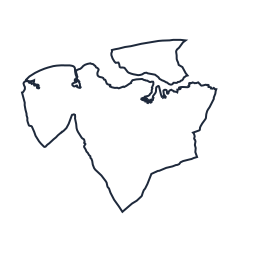 Lindi Urban, Lindi, United Republic of Tanzania (Equal Earth projection), rotated 255°
{"feature_id": "72390352B58883595926721", "entity_name": "Lindi Urban", "entity_type": "district", "adm_level": 2, "iso_a3": "TZA", "parent_name": "United Republic of Tanzania", "parent_adm1": "Lindi", "projection": "equal_earth", "projection_center": [39.68, -9.961], "detail": "fine", "context": "isolated", "style": "outline", "palette": "slate", "viewbox_px": 256, "rotation_deg": 255, "n_neighbors": 0, "source": "geoboundaries", "source_scale": "gbopen_adm2", "svg_char_len": 5942}
<svg xmlns="http://www.w3.org/2000/svg" viewBox="0 0 256 256"><g transform="rotate(255 128 128)"><path d="M155.3,202.0L155.0,201.4L155.0,200.7L155.5,199.4L155.4,198.7L154.9,198.5L154.3,198.8L153.9,198.7L153.3,197.5L152.4,197.8L152.0,197.1L152.0,196.0L153.6,191.0L153.9,188.9L153.8,187.8L153.5,187.7L152.9,188.6L152.4,188.9L152.1,188.5L152.1,188.0L152.3,185.6L151.1,185.5L149.7,184.8L150.4,184.1L151.4,181.7L152.0,181.6L152.7,180.6L153.7,179.8L153.7,179.1L153.5,178.2L152.8,177.0L152.2,176.5L151.4,176.3L150.8,175.5L151.0,174.9L151.5,174.7L153.8,175.1L154.7,174.9L155.2,174.2L155.4,173.2L155.1,172.2L154.7,171.8L151.0,171.3L149.8,172.0L149.0,172.0L148.3,172.5L147.6,172.0L148.0,171.2L148.3,171.0L148.2,170.1L149.1,170.6L149.6,170.5L149.5,168.7L151.7,168.5L159.6,168.7L160.6,168.4L160.7,167.8L160.2,166.2L159.5,165.6L156.2,164.5L155.3,164.0L154.5,163.2L152.5,160.6L151.3,159.9L150.5,160.4L150.0,159.9L148.6,159.3L148.5,158.7L149.0,158.3L148.5,158.1L149.4,157.1L149.2,156.6L148.9,156.6L148.5,156.9L146.9,157.3L146.6,156.5L146.9,156.2L148.3,155.7L148.7,155.1L148.4,154.6L147.4,154.6L146.9,153.7L147.3,153.2L147.8,153.4L148.5,153.2L149.5,154.0L149.4,153.3L148.8,152.6L149.1,151.6L149.8,151.7L150.6,150.4L151.0,153.4L151.5,153.9L152.0,153.2L151.9,149.5L152.4,148.4L153.0,148.7L153.2,150.4L153.1,152.2L153.9,152.4L153.8,156.0L154.4,157.4L155.3,158.3L156.1,159.9L156.7,160.3L158.3,160.6L160.1,161.8L160.8,161.5L163.6,163.8L165.5,164.3L166.2,164.2L166.6,163.1L166.6,161.3L167.1,160.5L168.8,158.8L169.1,157.7L169.7,157.1L170.1,156.1L171.7,154.3L172.8,148.6L173.0,144.7L170.9,142.2L170.6,142.3L170.4,141.0L169.1,137.2L168.6,134.8L169.2,134.2L168.7,129.4L169.6,128.1L170.2,125.5L171.5,123.0L172.8,121.3L173.0,121.3L173.8,122.1L174.1,122.1L174.5,121.7L174.8,120.6L175.2,120.1L176.3,119.0L180.0,118.6L180.5,118.4L181.0,117.4L182.7,117.0L183.5,116.1L184.7,113.8L185.5,112.9L186.6,112.3L188.2,112.4L189.5,112.9L191.7,114.6L192.3,114.8L193.9,114.0L194.8,112.9L196.6,112.4L197.0,111.9L198.4,111.1L198.8,110.6L199.8,108.7L200.2,108.4L200.4,105.5L200.2,103.0L199.6,101.0L198.1,98.6L197.5,97.1L197.5,95.7L197.1,93.0L196.0,92.5L194.8,92.2L193.0,92.4L192.0,92.2L190.6,92.4L188.3,91.1L187.9,91.3L186.9,92.4L186.1,92.6L185.5,93.0L184.6,92.5L183.2,92.9L181.0,92.5L179.6,92.8L179.2,92.3L179.3,91.6L179.8,91.0L179.9,90.5L180.4,90.1L180.6,89.6L181.1,89.4L181.8,89.8L182.2,89.7L182.4,89.1L182.0,87.6L182.1,86.7L182.5,86.2L183.8,85.4L184.9,85.6L185.3,86.1L185.6,87.5L185.7,89.9L186.2,90.9L186.6,90.8L186.9,89.0L187.4,88.8L188.7,89.3L188.8,89.6L188.7,90.3L188.9,91.1L189.7,91.1L190.7,91.6L193.0,91.3L196.0,91.5L199.6,92.2L200.6,92.0L201.7,91.3L202.6,90.0L203.6,87.8L205.9,79.3L206.7,75.2L207.1,71.8L207.1,66.3L206.9,62.6L206.3,57.7L205.3,52.6L203.3,46.1L200.9,41.9L200.6,41.8L199.9,43.0L199.1,44.0L198.4,45.4L198.2,48.1L198.4,48.9L198.4,49.1L198.0,49.1L198.2,49.6L197.3,49.3L196.4,48.6L195.0,48.6L194.6,48.9L194.6,49.3L193.9,49.3L193.8,50.2L193.2,52.1L192.8,52.5L192.2,52.7L191.5,52.5L190.8,51.4L190.5,51.7L190.3,52.2L189.8,52.6L189.5,52.4L189.4,52.0L189.8,51.1L190.4,50.5L191.6,50.9L192.2,51.5L192.6,51.5L192.8,51.0L193.1,48.9L193.3,48.5L195.8,47.9L195.6,46.4L196.4,46.4L196.7,45.9L197.2,44.3L198.5,43.9L199.4,42.9L199.7,41.1L199.6,40.5L198.9,39.2L198.0,38.6L196.1,38.6L194.3,39.0L192.4,38.5L191.8,38.1L190.1,36.3L189.7,35.6L189.7,34.8L179.2,34.8L176.8,34.1L172.2,33.7L168.3,33.7L166.3,33.3L163.7,33.4L161.4,32.7L159.5,32.7L156.5,32.9L155.8,33.2L154.9,35.0L154.3,35.5L148.5,36.4L144.4,36.7L138.2,38.6L135.4,39.9L131.9,41.9L131.4,42.3L131.3,43.5L132.7,45.7L133.6,48.0L136.4,53.3L137.6,56.0L139.1,58.4L140.8,62.0L141.1,62.6L140.9,62.6L142.1,65.4L143.9,68.5L147.4,71.8L154.9,77.1L155.2,77.5L155.1,78.0L155.2,79.3L154.4,80.2L152.3,79.8L151.0,79.3L145.4,79.0L141.2,78.3L139.3,78.3L137.1,78.7L130.7,80.7L129.8,81.2L128.6,82.4L128.0,82.6L125.8,82.5L125.0,81.8L123.8,82.7L123.5,82.7L121.8,80.9L121.0,80.7L118.3,81.5L116.0,81.8L114.2,82.8L112.0,83.3L110.5,84.3L108.9,84.0L107.6,84.7L105.4,84.9L101.7,84.5L98.0,84.9L96.2,85.6L89.1,90.0L82.5,92.7L80.8,93.2L77.1,93.0L76.2,93.1L74.4,94.0L70.1,94.3L62.3,96.0L54.9,98.8L48.5,100.9L54.0,112.4L55.5,117.6L58.6,123.4L59.1,123.9L61.5,125.4L63.9,127.2L65.0,128.8L68.8,132.2L77.6,138.7L78.8,145.6L78.6,147.2L79.6,154.6L79.4,161.1L79.8,164.6L79.6,166.3L79.9,168.1L81.3,169.9L81.8,172.7L81.7,179.8L81.6,181.3L82.0,183.8L82.1,187.2L87.3,186.8L91.1,188.2L94.3,188.2L97.6,189.7L99.0,189.7L99.6,189.3L100.8,189.2L102.5,190.2L103.6,190.3L105.5,190.2L106.7,189.6L107.2,195.7L107.4,196.6L108.1,197.1L109.6,197.6L110.8,198.5L113.1,200.8L116.5,205.0L117.4,205.8L121.1,207.2L123.8,208.8L125.2,210.1L127.1,212.3L133.9,218.4L135.3,218.8L138.5,221.2L141.1,222.3L142.6,223.3L143.1,221.9L144.0,221.6L144.5,221.2L144.1,220.3L144.1,219.8L144.7,218.5L145.2,218.8L145.9,218.5L146.8,216.4L147.3,216.5L147.9,216.9L148.6,216.9L149.0,216.3L148.9,215.5L149.6,214.5L149.7,214.0L149.7,211.4L149.9,210.0L150.4,209.4L151.9,208.8L152.8,208.1L153.5,207.9L153.9,207.6L153.7,205.8L153.9,204.9L154.0,204.0L154.7,203.2L155.3,202.0ZM207.4,136.0L207.5,132.6L205.9,132.3L204.6,131.3L202.7,130.8L199.1,131.1L195.9,132.0L194.2,132.9L193.7,135.7L192.0,136.0L189.2,135.8L188.7,136.1L188.3,136.6L187.8,138.6L187.0,140.2L182.2,142.2L181.2,143.0L179.7,145.1L178.5,147.1L176.4,151.5L176.1,153.5L176.1,155.4L176.9,158.1L176.6,160.2L175.7,161.2L172.5,167.9L169.2,170.5L167.3,171.2L165.0,173.5L164.4,174.5L163.3,175.7L162.3,176.6L162.1,177.2L159.7,179.1L158.9,180.4L158.7,181.3L158.8,182.0L159.3,183.0L159.9,183.6L159.0,186.7L159.1,187.4L159.5,187.9L159.3,190.0L160.0,191.4L160.0,192.3L160.3,193.0L161.1,194.0L162.4,195.1L162.8,196.5L163.3,197.6L163.3,199.1L166.0,197.9L172.8,196.3L175.8,193.3L178.6,193.3L180.1,193.0L182.0,192.9L185.7,193.8L189.1,194.2L189.9,194.5L191.1,195.6L192.4,198.2L196.5,203.3L197.7,206.3L199.6,201.4L201.4,194.7L201.9,190.8L203.5,183.9L204.2,180.0L205.9,162.6L206.3,151.9L207.0,146.1L207.1,139.6L207.4,136.0Z" fill="none" stroke="#1e293b" stroke-width="2"/></g></svg>